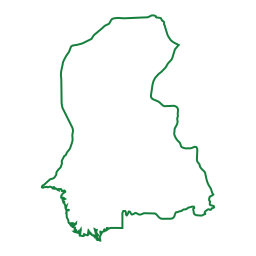 the Province of Sind
{"feature_id": "PAK-1114", "entity_name": "Sind", "entity_type": "Province", "adm_level": 1, "iso_a3": "PAK", "parent_name": "Pakistan", "parent_adm1": "", "projection": "natural_earth1", "projection_center": [68.493, 26.111], "detail": "fine", "context": "isolated", "style": "outline", "palette": "green", "viewbox_px": 256, "rotation_deg": 0, "n_neighbors": 0, "source": "natural_earth", "source_scale": "10m", "svg_char_len": 5768}
<svg xmlns="http://www.w3.org/2000/svg" viewBox="0 0 256 256"><path d="M178.7,45.0L175.4,48.8L174.9,49.6L172.1,58.6L171.2,60.0L168.0,63.4L165.6,67.5L161.1,72.1L158.6,74.0L155.2,77.8L153.6,80.8L152.6,84.3L150.9,95.6L151.2,97.5L152.5,99.0L158.5,101.6L160.0,102.8L162.8,105.5L164.5,106.2L173.8,105.8L175.3,106.2L176.7,107.0L177.8,108.5L178.0,110.2L177.7,114.1L177.9,115.9L177.8,116.7L177.4,117.7L177.2,118.6L177.3,119.5L177.6,121.4L177.4,123.1L176.8,124.8L174.7,128.6L174.6,129.4L174.5,131.0L174.2,133.4L174.2,134.1L175.0,136.5L176.2,138.7L177.7,140.7L179.3,142.2L180.1,143.2L180.9,145.8L181.4,146.8L182.0,147.3L183.6,147.9L185.7,148.4L190.3,148.3L191.8,148.0L193.3,147.3L194.7,146.8L196.3,147.1L197.1,148.4L197.3,150.3L196.9,159.7L197.2,161.3L197.8,162.3L199.4,164.2L199.7,165.3L199.9,166.4L200.4,167.4L201.7,169.0L204.1,171.3L204.8,172.2L205.2,173.3L206.6,179.7L207.4,182.3L208.5,184.8L210.9,188.8L212.2,192.8L213.3,194.6L212.5,195.2L209.9,196.6L209.4,197.7L209.1,199.2L209.2,200.5L209.9,201.2L210.1,201.5L210.1,201.8L209.9,202.4L209.8,203.7L209.8,204.4L210.0,204.8L210.8,205.3L212.4,205.6L213.8,206.1L214.1,207.2L213.7,207.7L211.8,208.4L211.4,208.9L211.1,209.5L210.7,209.8L210.0,209.8L209.1,209.4L208.4,209.3L207.7,209.6L205.3,211.3L204.7,212.2L204.8,213.0L205.3,213.8L205.1,214.1L203.6,214.6L202.2,215.4L201.4,215.6L196.2,215.2L194.7,214.4L194.1,213.7L193.8,213.0L193.6,211.2L193.2,209.5L193.2,209.0L193.4,208.7L194.1,208.2L194.3,207.8L193.9,206.7L192.2,206.6L188.2,207.7L186.4,209.1L185.7,209.3L183.6,209.5L182.8,209.9L181.4,211.0L180.6,211.2L179.8,211.2L177.6,212.1L176.2,212.2L175.8,212.5L175.4,213.2L174.4,216.1L174.0,217.0L172.6,218.3L170.9,218.7L163.0,218.8L160.9,218.6L159.2,217.6L156.1,214.1L155.0,213.5L144.0,213.2L141.1,214.4L139.6,214.6L138.9,214.5L136.7,213.3L135.7,213.0L135.0,213.1L133.4,214.1L132.3,214.5L131.6,214.4L131.1,213.8L130.3,212.3L130.0,211.9L129.7,211.6L129.4,211.5L128.8,211.5L128.6,211.8L128.4,212.6L127.2,215.0L126.8,215.4L126.1,214.8L125.8,212.0L125.3,211.1L123.3,211.0L122.4,212.9L122.4,228.0L111.0,227.9L109.2,228.3L107.9,229.2L107.9,228.4L107.8,228.1L107.5,227.9L107.0,228.0L107.0,228.4L107.2,229.2L106.9,229.8L106.4,230.3L105.9,230.6L105.3,230.3L104.8,229.3L104.4,229.4L104.1,229.7L104.0,230.1L104.0,230.8L104.3,231.3L104.2,231.4L103.5,231.4L102.2,232.1L101.3,233.8L100.3,230.8L100.3,232.7L100.8,233.9L100.7,234.8L100.0,236.6L99.7,237.5L99.8,238.4L100.2,239.7L100.3,240.6L100.0,240.6L99.2,240.0L98.1,238.8L98.0,240.0L97.3,240.0L96.6,239.3L96.3,238.3L96.4,238.0L97.1,237.4L97.0,236.5L97.3,235.5L97.6,235.3L98.1,235.3L98.1,235.0L97.6,234.5L97.0,233.8L96.5,232.8L96.3,231.8L96.7,230.0L96.0,230.1L95.1,229.4L94.7,229.2L95.8,233.3L96.3,234.4L95.6,236.1L95.1,236.9L94.7,237.2L94.5,236.9L94.3,236.4L94.1,235.5L93.9,235.2L93.5,235.3L93.1,235.5L92.3,235.3L91.9,235.0L91.6,234.2L90.9,234.2L90.7,234.0L90.5,233.6L90.5,233.0L90.3,232.6L90.0,232.5L89.6,232.7L89.1,233.4L88.9,232.7L88.8,230.9L88.5,230.5L88.3,231.6L87.9,234.6L87.6,235.3L86.5,235.1L85.3,234.7L83.2,233.7L83.7,234.1L84.1,234.7L84.2,235.3L83.7,235.9L83.1,236.1L82.2,236.0L80.8,235.6L80.1,235.6L79.8,235.6L79.7,235.1L79.8,234.6L80.3,233.4L80.6,230.7L80.8,230.2L80.8,229.9L80.6,229.9L80.6,229.5L80.1,230.3L80.0,232.3L79.7,233.1L79.2,233.4L78.6,233.2L78.2,232.6L78.1,231.8L77.6,232.4L77.3,232.2L77.0,231.6L76.5,231.2L76.0,231.1L75.9,231.5L76.1,232.0L76.5,232.4L74.4,231.9L73.9,231.5L74.8,231.4L75.2,231.2L75.5,230.7L76.0,229.7L76.3,229.2L75.1,230.0L74.7,229.9L74.6,229.4L75.0,227.6L73.3,227.2L72.8,227.0L73.5,225.4L73.9,224.9L74.4,225.1L75.5,224.3L75.9,223.9L76.0,223.1L75.1,224.0L74.3,223.9L73.4,223.4L72.4,223.1L70.2,223.3L69.0,223.1L68.5,222.4L68.4,220.9L68.0,219.7L67.0,217.7L66.8,217.1L66.7,216.5L66.7,214.2L66.1,213.3L66.7,212.3L66.4,211.1L67.2,210.4L68.4,210.3L69.4,210.4L68.6,209.9L68.0,209.8L66.3,209.8L65.9,209.2L65.9,208.0L66.5,205.9L65.9,206.5L65.4,206.9L65.3,205.7L64.9,204.6L64.3,203.6L63.5,202.7L64.3,202.0L64.1,201.6L63.3,201.5L62.9,200.9L62.7,200.3L62.5,198.9L63.1,199.2L63.8,199.3L64.5,199.2L65.1,198.9L63.5,197.8L62.7,197.6L61.5,197.9L61.2,197.7L61.1,196.8L61.4,195.5L62.2,194.3L63.1,193.3L64.1,192.5L65.2,191.9L65.3,191.6L64.9,190.9L64.4,190.5L64.1,190.6L63.6,190.8L62.2,191.1L61.9,191.0L61.6,190.0L61.4,189.5L61.1,189.2L60.8,189.0L59.2,189.3L58.5,189.0L58.2,189.3L58.6,190.3L57.8,190.0L56.3,188.7L55.6,188.5L54.9,188.1L54.3,187.6L54.0,187.1L53.7,187.1L53.7,188.0L54.0,188.7L53.1,188.6L52.3,188.0L51.6,187.3L50.8,186.8L49.7,186.7L48.7,187.1L47.7,187.3L46.8,186.8L46.4,186.9L44.3,187.2L43.4,187.6L42.9,187.7L41.9,187.3L42.0,186.4L42.8,185.4L43.9,184.9L50.0,179.4L50.8,179.0L52.5,178.7L53.0,178.5L54.1,177.8L55.0,176.7L56.2,174.8L56.4,174.0L56.4,172.6L56.7,171.9L58.4,169.5L60.2,167.8L60.8,166.9L61.9,163.6L62.0,163.2L61.7,161.4L61.8,161.0L62.0,160.4L64.0,156.5L64.3,156.0L65.4,155.4L65.7,155.1L66.0,154.7L66.8,152.7L69.4,149.4L70.0,148.5L72.0,142.7L72.4,141.1L72.6,139.7L72.3,135.1L73.0,131.0L72.9,129.7L72.5,128.0L62.6,108.1L62.3,107.1L61.9,105.0L61.6,102.8L61.3,79.3L60.9,74.8L61.0,73.2L61.2,71.1L62.7,64.2L62.9,62.7L63.2,61.8L63.7,60.6L66.3,55.7L69.0,51.9L70.8,47.2L71.3,46.3L72.8,45.5L77.2,44.8L82.2,43.5L91.5,38.9L93.2,36.1L94.4,34.7L102.8,27.7L103.5,26.9L105.3,25.5L108.6,24.0L109.1,23.7L109.3,23.4L111.2,20.0L112.0,19.1L112.6,18.8L113.7,18.4L117.6,17.9L124.2,18.3L142.6,17.5L147.7,17.3L151.8,15.4L152.3,15.4L153.3,15.4L154.3,15.5L155.5,16.0L155.8,16.3L156.0,17.2L156.3,17.4L160.0,17.9L161.0,18.3L161.9,20.3L162.5,20.9L163.2,21.2L163.6,21.6L163.9,22.0L164.1,22.7L164.1,24.3L164.2,24.7L164.9,25.9L165.1,27.1L167.5,34.8L168.1,36.1L170.5,39.9L171.9,41.2L174.3,42.8L178.7,45.0ZM69.9,223.5L70.4,224.1L71.3,224.1L73.1,223.5L74.1,224.2L73.4,224.5L72.9,225.8L71.9,226.1L71.2,225.8L70.6,225.1L70.1,224.3L69.9,223.5Z" fill="none" stroke="#15803d" stroke-width="2"/></svg>